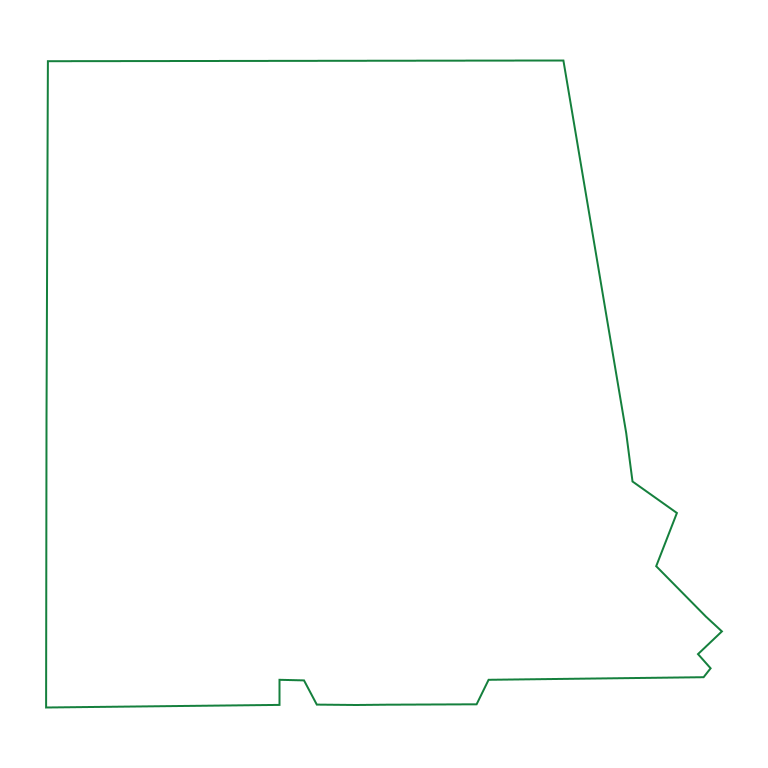 Chambers, Alabama, United States of America
{"feature_id": "52423323B15727406815643", "entity_name": "Chambers", "entity_type": "district", "adm_level": 2, "iso_a3": "USA", "parent_name": "United States of America", "parent_adm1": "Alabama", "projection": "orthographic", "projection_center": [-85.292, 32.918], "detail": "fine", "context": "isolated", "style": "outline", "palette": "green", "viewbox_px": 768, "rotation_deg": 0, "n_neighbors": 0, "source": "geoboundaries", "source_scale": "gbopen_adm2", "svg_char_len": 456}
<svg xmlns="http://www.w3.org/2000/svg" viewBox="0 0 768 768"><path d="M47.9,61.2L46.5,419.6L46.1,707.5L279.5,704.9L279.5,679.8L304.0,680.4L316.8,704.6L356.1,705.0L385.9,704.7L476.6,704.3L488.6,679.8L703.6,677.2L710.6,668.3L698.0,654.1L721.9,631.4L705.9,616.6L656.2,566.2L676.9,513.0L632.5,481.5L632.5,481.3L630.5,466.2L626.2,433.0L606.3,315.1L599.5,274.6L578.5,150.1L576.5,138.1L563.4,60.5L47.9,61.2Z" fill="none" stroke="#15803d" stroke-width="2"/></svg>